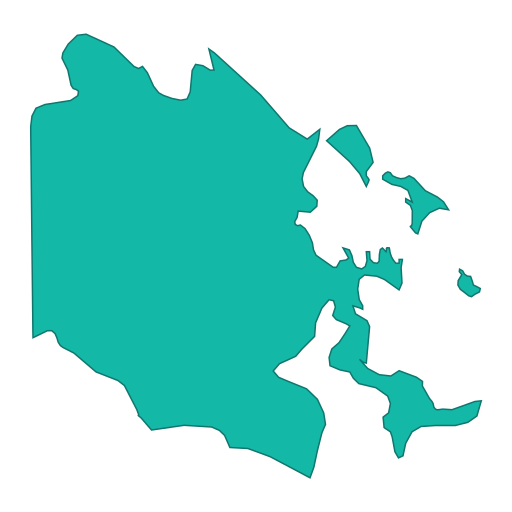 Bocas del Toro, Natural Earth projection
{"feature_id": "PAN-1958", "entity_name": "Bocas del Toro", "entity_type": "Province", "adm_level": 1, "iso_a3": "PAN", "parent_name": "Panama", "parent_adm1": "", "projection": "natural_earth1", "projection_center": [-82.341, 9.206], "detail": "fine", "context": "isolated", "style": "filled", "palette": "teal", "viewbox_px": 512, "rotation_deg": 0, "n_neighbors": 0, "source": "natural_earth", "source_scale": "10m", "svg_char_len": 3434}
<svg xmlns="http://www.w3.org/2000/svg" viewBox="0 0 512 512"><path d="M86.1,34.2L114.0,47.0L134.0,66.5L138.6,68.5L142.5,66.4L147.4,72.8L153.6,86.3L158.7,92.8L163.4,95.4L171.8,98.4L180.7,100.2L187.1,99.0L190.2,91.9L192.2,70.4L195.6,64.4L202.9,65.7L210.3,70.2L214.0,70.0L208.9,49.0L214.5,53.0L260.7,95.0L289.1,127.8L307.2,139.1L319.8,129.3L318.6,138.8L316.5,146.3L303.4,172.5L302.1,178.9L303.6,186.5L307.7,191.8L313.2,195.8L317.2,200.2L316.8,206.3L310.3,212.2L298.2,211.1L297.1,217.4L294.7,221.7L295.3,224.5L297.6,225.7L300.4,225.0L305.1,228.7L309.3,235.3L312.4,242.8L313.5,249.8L316.0,255.2L333.2,267.3L336.5,267.3L340.1,260.9L346.0,260.0L348.7,258.1L343.0,247.9L349.4,249.9L351.9,255.6L353.3,262.3L356.4,267.3L361.7,268.9L365.3,266.5L367.0,260.6L366.3,251.7L369.6,251.7L370.0,259.1L373.4,262.7L377.3,263.3L379.1,261.3L379.4,254.4L380.3,249.5L382.4,248.0L386.0,251.7L386.5,250.0L386.4,248.5L387.0,247.7L389.3,247.9L390.2,253.0L391.5,256.9L393.4,260.2L395.8,263.2L399.1,263.2L399.1,259.4L402.4,259.4L401.1,267.7L402.0,283.0L399.1,289.9L384.5,279.5L376.8,276.2L364.5,275.0L359.2,279.3L357.7,289.1L359.2,299.5L362.7,305.8L362.7,309.3L360.0,308.0L352.9,305.8L355.5,313.8L367.0,320.7L369.6,326.7L366.3,363.1L364.1,362.5L362.7,361.9L361.4,360.9L359.5,359.3L367.7,368.5L379.3,374.7L390.9,376.0L399.1,370.7L416.4,377.2L422.5,381.4L422.4,386.0L429.5,398.5L432.0,401.5L433.1,403.5L433.9,407.2L435.5,409.2L437.5,409.8L442.9,409.1L452.0,409.7L474.9,401.5L481.3,400.8L480.5,403.5L476.9,416.0L467.9,422.3L455.3,425.5L435.4,425.5L421.0,426.5L412.0,431.8L405.7,443.3L403.0,455.8L398.5,457.9L394.9,451.7L392.2,437.0L390.4,431.8L384.1,427.6L383.1,417.1L388.6,412.9L390.4,403.5L387.7,396.1L375.9,387.7L358.8,383.6L353.4,378.3L349.8,372.0L339.9,369.9L330.0,365.7L329.1,357.4L331.8,349.0L339.0,342.7L345.3,333.3L349.8,325.9L346.2,323.8L336.3,319.6L332.7,315.5L335.4,307.1L333.6,300.8L329.1,299.7L321.9,308.1L315.6,322.8L314.6,336.4L302.0,349.0L295.7,356.3L279.5,363.7L273.2,371.0L278.6,377.3L288.5,381.5L306.5,388.8L317.4,399.3L323.7,412.9L325.5,424.4L321.9,432.8L317.4,450.6L313.8,467.4L310.0,477.8L270.2,456.7L247.9,448.5L229.9,447.5L224.6,435.4L219.4,430.4L211.6,427.0L184.1,425.3L151.5,430.0L141.0,417.8L138.3,415.6L138.7,414.8L136.8,409.6L124.4,385.5L117.9,380.5L96.0,371.9L74.0,353.1L63.2,347.6L60.4,345.6L58.2,342.2L56.9,337.8L55.1,333.6L51.8,330.7L47.4,330.7L33.0,337.7L32.9,331.5L31.9,240.0L31.2,173.0L30.7,126.7L32.0,116.0L36.0,108.2L45.0,104.5L70.6,100.5L77.8,95.7L78.5,91.2L76.3,89.6L73.2,88.5L71.1,85.3L67.8,70.0L62.0,58.1L62.9,52.9L68.3,44.0L77.3,35.3L86.1,34.2ZM326.6,140.7L339.5,129.4L347.3,125.7L356.4,125.5L369.7,148.2L373.1,162.4L366.3,171.6L366.3,175.8L368.4,178.5L369.1,179.9L368.3,182.1L366.3,186.5L359.7,173.6L349.6,161.6L326.6,140.7ZM425.3,190.7L437.5,197.1L443.5,201.8L448.6,209.8L439.3,208.2L429.6,212.7L421.9,221.1L417.8,233.9L415.5,232.9L410.3,226.6L410.5,226.2L411.6,225.7L412.2,223.3L412.3,210.5L410.4,205.4L405.7,202.1L405.7,198.6L412.2,202.1L407.9,190.4L400.7,186.4L391.9,184.4L382.7,179.2L382.7,175.8L385.4,173.1L387.9,171.9L390.3,172.7L392.5,175.8L396.8,177.7L400.7,178.7L404.7,178.2L409.2,175.8L414.0,178.4L425.3,190.7ZM461.8,274.6L459.3,271.7L459.6,269.2L462.6,270.8L464.5,274.2L467.3,276.1L470.6,276.4L472.3,281.2L473.4,285.0L476.7,286.6L480.3,288.5L479.5,291.9L475.0,294.2L471.5,296.7L468.7,295.8L464.3,292.3L460.4,289.4L457.9,285.0L458.2,280.6L461.8,274.6Z" fill="#14b8a6" stroke="#0f766e" stroke-width="1.5"/></svg>